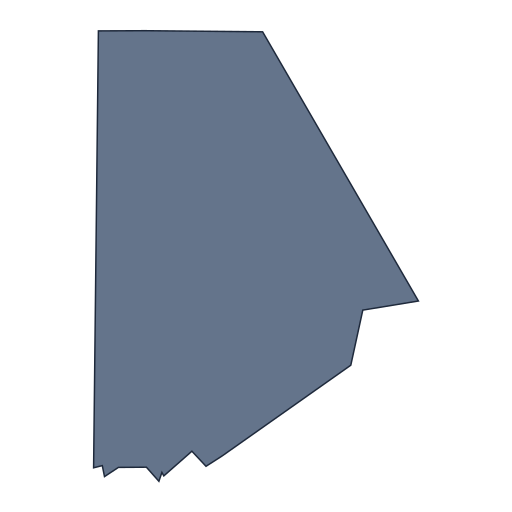 outline of Brown, Texas, United States of America
{"feature_id": "52423323B78869774166833", "entity_name": "Brown", "entity_type": "district", "adm_level": 2, "iso_a3": "USA", "parent_name": "United States of America", "parent_adm1": "Texas", "projection": "albers", "projection_center": [-99.046, 31.764], "detail": "fine", "context": "isolated", "style": "filled", "palette": "slate", "viewbox_px": 512, "rotation_deg": 0, "n_neighbors": 0, "source": "geoboundaries", "source_scale": "gbopen_adm2", "svg_char_len": 341}
<svg xmlns="http://www.w3.org/2000/svg" viewBox="0 0 512 512"><path d="M98.4,30.9L93.6,467.8L102.3,465.6L104.5,476.6L118.4,467.4L146.4,467.2L158.9,481.3L161.9,472.4L163.8,475.9L191.9,451.2L206.0,466.3L222.2,455.9L350.8,365.2L362.8,310.1L418.4,301.0L262.6,31.8L145.1,30.7L98.4,30.9Z" fill="#64748b" stroke="#1e293b" stroke-width="1.5"/></svg>